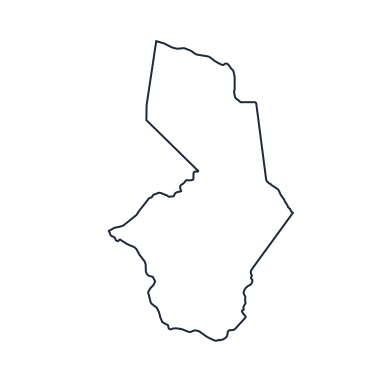 outline of Ogooué-Ivindo, rotated 125°
{"feature_id": "GAB-2186", "entity_name": "Ogooué-Ivindo", "entity_type": "Province", "adm_level": 1, "iso_a3": "GAB", "parent_name": "Gabon", "parent_adm1": "", "projection": "equal_earth", "projection_center": [13.011, 0.34], "detail": "fine", "context": "isolated", "style": "outline", "palette": "slate", "viewbox_px": 384, "rotation_deg": 125, "n_neighbors": 0, "source": "natural_earth", "source_scale": "10m", "svg_char_len": 3239}
<svg xmlns="http://www.w3.org/2000/svg" viewBox="0 0 384 384"><g transform="rotate(125 192 192)"><path d="M216.4,98.6L217.2,98.8L218.8,98.5L221.5,98.7L223.2,98.3L224.6,97.4L226.1,95.0L227.5,94.8L228.8,94.3L229.3,92.4L230.0,91.6L231.5,91.0L233.2,90.8L234.4,90.9L237.1,92.3L239.6,92.9L241.9,92.9L244.6,92.2L245.6,91.2L247.4,88.0L250.2,86.5L251.2,85.4L252.3,84.4L253.9,84.2L254.6,84.2L255.4,84.2L256.8,83.8L257.3,83.5L258.2,82.5L258.8,82.2L259.2,82.3L260.1,82.9L260.3,83.0L261.2,82.6L261.4,82.4L262.4,79.8L263.1,77.1L263.2,76.6L264.3,76.2L279.1,78.1L280.5,78.5L281.9,79.7L283.1,81.2L284.3,82.4L286.0,82.5L288.8,81.1L290.2,80.6L291.8,80.8L294.9,81.9L295.6,82.5L296.1,83.2L296.7,83.8L297.6,84.1L297.7,84.6L297.8,85.2L298.5,85.8L299.4,86.3L300.2,87.2L300.7,88.4L301.9,95.0L302.1,97.8L302.0,105.7L302.7,108.4L303.9,110.6L307.6,113.0L308.7,115.1L309.9,120.6L310.8,123.0L311.9,125.3L313.2,127.4L314.7,129.3L316.6,130.5L317.2,131.4L317.1,132.8L316.3,133.8L315.4,134.6L314.8,135.4L315.1,136.7L315.6,141.7L312.9,146.0L309.3,150.2L307.0,154.6L306.8,160.0L306.3,162.3L300.4,169.1L300.2,169.6L299.7,170.1L298.6,170.6L294.7,170.9L290.3,170.2L286.4,170.9L284.0,175.4L284.9,177.6L285.4,179.8L285.1,182.0L283.6,184.2L277.8,188.5L276.1,190.9L273.4,199.4L270.7,204.7L270.3,207.2L270.7,209.9L271.5,213.2L271.9,215.8L272.2,223.4L272.7,224.1L273.6,224.2L274.6,224.4L275.2,225.7L275.1,226.8L273.9,228.7L273.6,229.8L273.8,231.3L274.2,232.5L274.2,233.6L273.4,235.0L272.6,236.0L271.6,237.8L265.8,235.0L261.9,231.3L260.2,229.9L258.7,229.0L243.0,224.4L241.8,224.3L238.7,224.5L224.0,223.7L222.4,223.7L221.8,223.5L220.9,223.0L220.2,222.4L219.3,222.0L217.2,222.1L216.3,221.9L215.4,221.4L214.6,220.7L211.6,218.7L211.1,217.9L210.7,216.9L209.2,210.5L209.1,208.4L208.8,207.6L207.5,206.3L206.4,204.9L205.7,204.5L203.4,205.0L202.7,205.0L202.0,204.8L201.6,204.6L200.9,204.2L199.4,203.0L198.2,201.7L197.5,201.4L195.3,204.2L194.4,204.8L193.2,205.1L192.3,204.9L189.9,204.0L188.0,203.6L186.6,203.7L185.6,203.4L184.9,202.6L184.5,201.6L183.9,200.7L183.3,200.0L182.6,199.1L181.8,198.5L180.8,198.2L175.6,201.6L174.9,201.8L174.1,201.6L173.4,201.0L172.7,200.2L172.1,199.3L171.6,198.8L171.2,199.1L159.3,270.6L146.9,279.0L89.0,307.8L86.6,301.1L86.3,300.0L85.1,291.5L83.9,288.1L83.0,286.2L82.3,285.2L79.4,281.9L78.7,280.9L78.3,279.7L77.0,274.3L76.9,272.7L77.0,270.0L76.9,268.3L76.7,266.9L76.2,265.9L72.2,257.6L71.7,256.6L71.5,255.6L71.4,254.5L71.4,252.0L71.6,249.0L71.3,244.2L70.7,240.6L70.4,239.8L69.9,239.2L69.2,238.8L68.4,238.7L67.8,238.4L67.3,237.9L67.1,237.4L66.8,236.5L66.8,235.6L67.0,234.5L68.3,231.2L69.0,227.9L69.6,226.9L71.6,224.9L72.8,223.4L83.8,215.7L85.2,215.4L86.0,214.9L87.1,213.7L88.1,212.8L89.6,211.1L90.1,210.0L90.3,208.6L90.2,207.1L90.6,203.7L82.6,192.3L82.2,191.4L82.3,190.8L82.9,189.9L139.4,138.3L140.0,137.4L140.3,136.5L140.7,133.6L140.7,133.2L140.5,132.7L140.4,132.2L140.5,131.7L140.7,130.6L140.7,129.9L140.5,126.0L140.5,123.9L140.8,122.2L140.9,121.9L143.2,118.1L143.8,116.7L144.7,114.1L144.8,113.6L145.0,113.1L145.2,112.5L146.4,110.6L146.6,110.2L148.1,106.3L149.1,104.9L149.4,104.4L149.4,104.1L149.6,102.7L149.6,102.3L149.7,101.9L149.9,101.5L150.8,100.0L151.0,99.7L151.1,99.3L151.2,98.3L151.2,97.4L216.4,98.6Z" fill="none" stroke="#1e293b" stroke-width="2"/></g></svg>